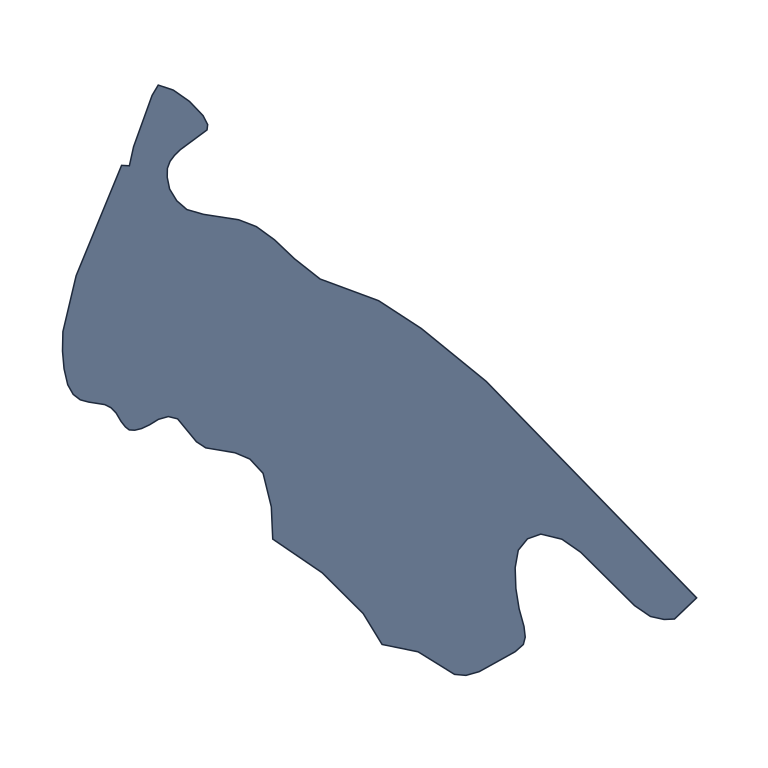 map outline of Ninh Bình (Robinson projection), rotated 183°
{"feature_id": "VNM-466", "entity_name": "Ninh Bình", "entity_type": "Province", "adm_level": 1, "iso_a3": "VNM", "parent_name": "Vietnam", "parent_adm1": "", "projection": "robinson", "projection_center": [105.947, 20.203], "detail": "fine", "context": "isolated", "style": "filled", "palette": "slate", "viewbox_px": 768, "rotation_deg": 183, "n_neighbors": 0, "source": "natural_earth", "source_scale": "10m", "svg_char_len": 1126}
<svg xmlns="http://www.w3.org/2000/svg" viewBox="0 0 768 768"><g transform="rotate(183 384 384)"><path d="M657.5,588.6L649.7,588.6L646.5,607.9L630.7,660.1L625.1,670.7L609.8,666.5L593.0,656.0L578.7,642.5L573.6,633.7L573.7,633.3L574.0,628.5L599.6,607.4L605.2,601.3L609.3,595.2L611.6,588.0L611.3,579.1L608.3,567.5L600.5,556.1L590.0,547.9L573.2,544.0L537.7,540.4L519.7,534.5L500.8,522.2L480.0,504.4L453.3,485.5L393.7,466.9L349.5,441.3L282.1,392.0L60.6,186.8L81.6,164.5L92.0,163.5L105.8,165.8L122.2,175.8L178.8,226.3L198.2,238.3L219.6,242.3L232.6,236.9L241.2,225.1L243.4,207.4L241.6,186.7L237.3,166.6L231.5,149.2L229.7,138.6L231.2,131.2L238.9,123.6L273.9,101.7L286.9,97.3L298.4,97.7L335.9,118.3L372.3,123.8L392.8,153.7L435.8,192.2L487.0,223.3L490.1,255.4L500.1,288.5L514.0,302.0L529.1,307.5L558.7,310.9L568.3,316.5L588.3,338.4L597.7,340.2L607.4,336.9L616.1,330.9L623.8,326.8L630.5,324.8L636.0,324.8L640.0,327.6L644.5,332.7L650.0,341.0L655.4,346.0L661.7,348.8L678.1,350.5L686.5,352.3L693.8,357.3L699.8,366.7L704.3,382.4L706.8,400.1L707.4,419.5L697.1,476.1L657.5,588.6Z" fill="#64748b" stroke="#1e293b" stroke-width="1.5"/></g></svg>